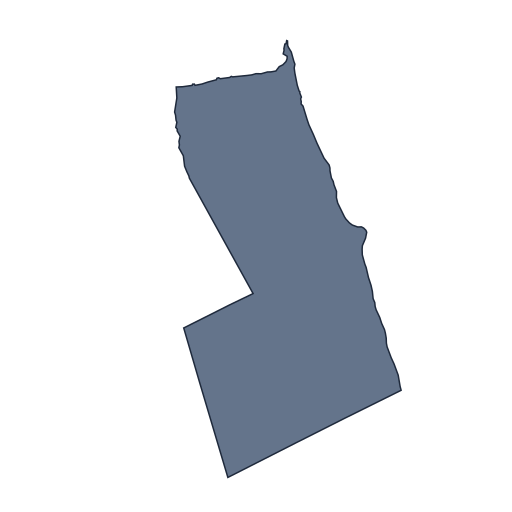 outline of Aleipata itupa i Luga, Atua, Samoa, rotated 242°
{"feature_id": "51752279B27667429376440", "entity_name": "Aleipata itupa i Luga", "entity_type": "district", "adm_level": 2, "iso_a3": "WSM", "parent_name": "Samoa", "parent_adm1": "Atua", "projection": "robinson", "projection_center": [-171.453, -14.031], "detail": "fine", "context": "isolated", "style": "filled", "palette": "slate", "viewbox_px": 512, "rotation_deg": 242, "n_neighbors": 0, "source": "geoboundaries", "source_scale": "gbopen_adm2", "svg_char_len": 1651}
<svg xmlns="http://www.w3.org/2000/svg" viewBox="0 0 512 512"><g transform="rotate(242 256 256)"><path d="M69.3,321.1L73.1,322.0L84.0,325.6L95.8,327.2L102.7,327.6L114.2,329.1L117.8,330.2L122.3,332.4L127.1,334.0L130.7,334.9L137.4,335.3L143.7,336.4L152.1,336.8L155.5,337.5L159.1,339.0L163.4,339.4L170.0,342.1L176.1,343.8L184.2,345.2L194.3,347.9L197.8,348.3L207.1,350.4L212.2,352.9L215.2,354.8L220.3,361.1L225.0,364.9L227.1,365.1L230.1,364.2L232.2,362.8L233.9,359.4L238.1,355.6L241.4,354.0L246.5,352.7L249.0,352.5L264.4,353.0L269.8,354.4L275.2,357.4L282.4,358.3L285.6,359.2L289.5,359.2L296.4,361.3L299.0,362.6L302.0,363.3L310.4,362.0L326.9,362.8L336.4,363.7L347.0,364.3L352.5,365.2L366.3,367.9L369.1,367.2L371.0,368.4L373.8,369.2L375.0,370.7L379.4,371.2L380.6,371.9L381.4,371.5L387.4,372.6L399.3,376.2L404.1,378.0L407.1,380.4L410.1,380.8L419.5,382.9L425.1,382.6L427.0,382.8L431.1,384.8L431.8,384.2L429.3,382.2L429.6,381.0L425.9,377.9L424.5,377.4L421.7,374.9L417.7,377.3L415.5,376.0L413.6,373.8L412.2,369.5L412.3,365.4L410.0,360.4L411.6,355.5L413.1,352.6L414.5,346.1L417.0,341.6L417.9,337.3L419.6,332.8L425.1,319.5L426.2,318.5L426.0,316.5L429.3,307.7L430.9,306.7L431.3,305.0L430.2,303.7L432.2,295.1L433.2,289.1L435.3,282.3L436.7,282.3L437.5,280.7L436.6,279.7L439.9,270.7L442.7,264.9L432.7,260.3L421.3,251.7L418.2,251.1L413.5,249.2L411.2,248.9L407.2,245.5L404.8,246.0L403.5,245.1L397.3,245.3L393.4,241.8L390.0,240.5L387.8,238.7L378.6,238.9L368.8,235.1L362.8,234.5L358.2,234.3L356.0,233.7L224.2,235.8L225.2,210.2L225.8,183.6L226.4,158.4L171.1,146.9L73.7,127.2L72.3,202.9L71.1,257.8L69.3,321.1Z" fill="#64748b" stroke="#1e293b" stroke-width="1.5"/></g></svg>